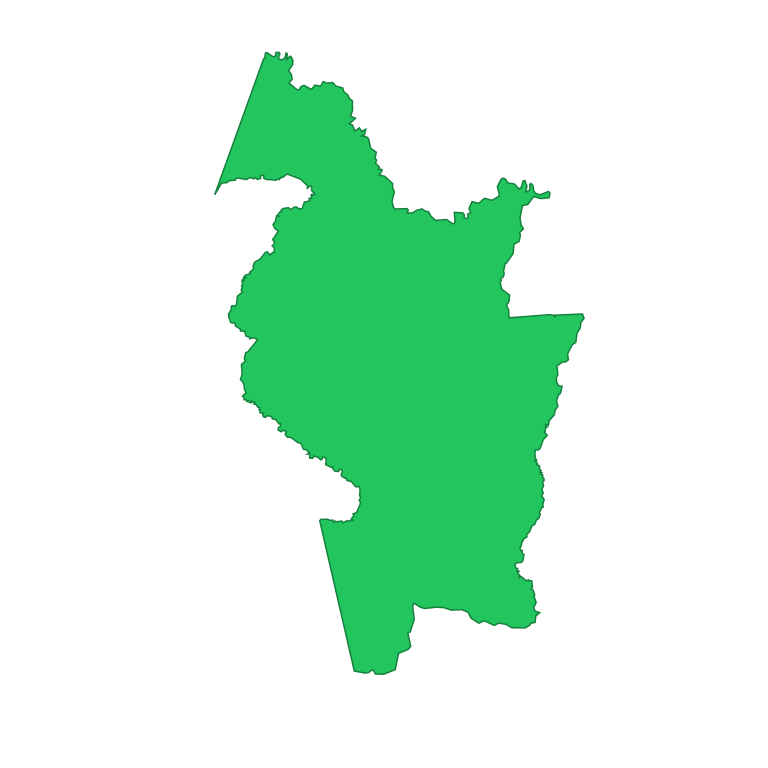 outline of San Martín, Cesar, Colombia, rotated 109°
{"feature_id": "7082276B46554882467898", "entity_name": "San Martín", "entity_type": "district", "adm_level": 2, "iso_a3": "COL", "parent_name": "Colombia", "parent_adm1": "Cesar", "projection": "orthographic", "projection_center": [-73.563, 7.931], "detail": "fine", "context": "isolated", "style": "filled", "palette": "green", "viewbox_px": 768, "rotation_deg": 109, "n_neighbors": 0, "source": "geoboundaries", "source_scale": "gbopen_adm2", "svg_char_len": 6171}
<svg xmlns="http://www.w3.org/2000/svg" viewBox="0 0 768 768"><g transform="rotate(109 384 384)"><path d="M154.2,288.6L149.4,289.2L148.4,291.2L154.4,298.1L154.3,302.9L152.8,305.2L147.7,307.9L146.5,310.3L147.8,311.2L153.2,309.1L156.2,312.5L150.4,313.3L145.8,317.0L147.0,318.7L152.6,318.1L155.8,319.7L152.4,325.8L153.6,332.2L150.7,335.9L150.6,338.5L152.1,339.9L160.4,341.1L167.2,336.7L169.2,336.6L175.1,341.7L175.8,349.6L182.3,353.2L182.9,360.1L190.4,360.8L193.8,357.7L195.7,360.0L200.1,358.7L200.9,359.9L200.1,362.5L197.6,363.4L196.6,365.3L198.8,373.4L207.4,369.7L208.6,369.7L209.5,370.1L210.2,371.0L208.1,378.4L212.5,388.5L209.9,394.5L206.5,398.0L207.2,400.9L206.1,405.0L208.8,409.3L213.3,413.2L214.6,417.9L211.7,417.6L210.7,419.4L214.9,430.4L213.9,432.5L208.7,435.9L199.1,436.7L195.5,439.8L191.7,441.1L187.4,450.9L187.9,456.4L182.5,455.3L181.8,456.3L183.0,459.2L180.4,458.9L178.1,464.0L174.8,463.8L173.5,465.9L167.4,466.8L165.4,473.4L157.0,478.5L156.1,480.8L156.8,485.9L154.6,483.6L149.1,484.2L152.5,487.5L149.8,490.6L154.3,493.9L149.4,498.1L149.4,501.5L142.0,497.5L141.6,502.8L135.5,502.8L126.6,506.1L125.4,509.6L122.4,512.4L121.1,516.6L117.5,519.6L118.0,526.2L115.7,530.7L118.1,535.8L117.9,540.0L123.0,540.8L123.9,546.6L129.1,548.5L127.7,556.9L130.1,559.5L133.4,559.9L134.1,561.9L130.3,572.0L125.8,570.0L121.3,572.4L119.0,576.2L111.7,574.4L107.7,575.5L104.6,578.6L104.8,579.7L108.8,581.6L103.2,583.0L102.9,584.3L108.4,583.9L111.4,586.9L110.1,590.1L105.9,589.8L104.6,591.2L105.7,594.1L109.1,593.4L110.8,594.9L108.8,602.5L109.7,603.9L114.9,602.7L115.7,603.7L260.2,605.7L246.9,602.9L244.7,598.0L242.2,596.7L239.9,591.3L236.9,590.1L235.5,580.6L233.2,578.9L232.0,575.9L232.5,573.9L230.8,572.6L231.8,570.4L229.9,567.6L227.4,568.4L226.1,566.8L226.3,565.2L228.3,565.0L229.0,562.4L226.4,552.3L224.5,551.2L224.8,549.5L222.0,548.7L221.9,547.3L217.0,543.9L217.5,529.7L221.8,520.2L224.6,520.5L220.8,518.5L220.7,516.9L224.6,515.5L226.9,511.2L227.5,512.7L228.8,512.6L228.6,514.5L232.1,513.0L233.0,515.3L234.3,514.2L235.8,514.8L237.9,518.5L245.0,518.5L246.0,521.3L245.2,524.5L246.0,526.5L249.4,528.7L248.4,531.8L251.0,536.6L253.3,538.0L254.4,536.8L255.5,538.7L258.8,539.5L259.6,538.1L260.0,540.3L265.4,539.7L269.4,540.8L272.5,537.9L273.9,533.7L283.8,536.3L285.1,533.9L287.2,533.4L289.7,534.7L291.0,532.1L295.4,530.5L295.7,531.9L299.3,534.2L297.0,537.2L298.3,539.1L306.2,541.8L311.0,546.0L315.0,546.2L317.9,544.8L322.1,547.4L323.2,546.3L326.4,550.6L328.5,551.2L328.5,549.5L329.9,551.2L331.7,550.4L331.6,551.9L333.0,551.9L334.5,550.4L338.0,550.4L338.0,549.4L341.9,549.6L343.2,547.8L348.7,551.2L357.0,549.4L359.3,550.3L358.8,551.6L360.2,553.7L363.2,552.7L368.4,553.8L371.4,552.4L375.9,548.7L374.9,544.6L377.5,543.3L378.8,537.8L380.6,537.0L379.6,533.0L383.6,530.1L383.6,525.9L384.9,525.8L382.5,521.8L383.5,518.0L397.7,523.1L399.5,525.0L405.3,524.4L407.6,522.6L411.9,525.2L420.9,521.3L426.3,521.3L429.4,516.6L435.0,513.9L436.9,511.5L441.6,513.8L442.4,511.8L444.4,511.3L443.7,509.2L445.1,508.3L443.8,506.9L444.9,506.7L445.2,503.6L443.1,504.1L444.0,501.5L443.2,500.3L445.4,500.3L445.0,498.2L446.9,495.9L447.0,493.5L449.0,493.8L448.7,492.5L451.5,492.0L450.9,488.5L451.9,489.1L454.1,487.5L454.2,485.2L452.5,484.8L451.4,481.3L451.8,479.1L453.4,478.2L452.8,475.0L455.9,470.3L454.9,469.0L458.0,468.2L459.3,469.6L462.0,469.2L462.6,465.4L460.8,464.6L460.5,462.1L461.8,460.7L463.6,461.2L465.7,458.2L464.9,454.1L467.3,446.9L467.3,443.1L471.9,438.9L471.5,435.9L473.2,432.2L475.1,433.6L474.3,431.4L478.3,430.2L477.4,427.2L474.7,426.6L474.9,422.0L476.4,419.3L475.1,418.0L472.9,418.3L472.8,416.0L473.9,414.0L479.2,412.9L480.0,406.7L479.0,405.5L481.0,404.5L482.4,401.8L481.5,398.5L479.7,398.3L478.5,396.3L480.0,395.0L484.1,394.9L485.3,393.2L485.8,388.5L487.2,387.7L486.9,383.1L490.4,377.1L489.1,374.3L491.4,372.3L497.5,370.7L499.0,369.1L502.2,369.5L503.2,367.9L505.5,367.4L514.7,368.2L516.8,371.0L518.7,369.5L520.9,370.9L523.2,369.1L523.1,371.1L524.3,371.1L525.7,374.9L528.6,377.4L527.3,379.4L529.9,384.2L529.4,385.5L531.2,386.5L529.3,388.0L530.6,391.0L530.2,393.3L532.5,399.6L534.1,400.3L665.1,318.6L663.4,307.4L661.7,304.5L658.2,302.1L658.4,300.4L661.0,297.8L658.4,289.6L650.4,280.4L634.0,282.6L626.9,274.6L623.3,273.4L611.6,280.4L609.9,278.5L596.8,278.8L584.8,284.5L581.4,284.4L583.2,277.4L583.0,272.6L577.9,261.6L576.0,254.7L575.9,246.7L572.0,237.0L572.5,230.1L577.0,225.6L579.3,216.6L575.2,211.9L576.4,201.1L572.6,197.5L571.6,190.3L572.8,183.8L568.7,171.1L564.6,167.7L562.4,167.2L560.2,163.5L553.9,165.0L549.6,162.3L549.5,167.3L546.6,169.7L541.1,169.0L535.7,173.2L534.4,172.8L532.1,174.4L530.2,176.2L529.9,178.3L527.8,177.4L521.9,180.3L522.9,182.9L522.0,183.6L523.7,185.1L521.5,191.9L522.9,193.2L520.9,193.2L519.5,195.7L517.0,195.4L517.7,197.3L515.2,197.4L514.7,200.1L511.9,201.3L510.1,200.6L507.9,196.0L505.8,195.1L499.8,196.1L498.8,198.7L496.5,199.0L497.1,200.1L495.0,202.2L492.0,201.4L490.1,202.2L484.6,201.2L482.1,199.1L479.8,200.1L476.4,198.3L470.1,198.0L467.7,195.8L462.8,195.5L460.7,194.0L456.6,193.7L455.0,195.3L449.5,194.5L448.4,193.3L446.6,194.6L441.0,195.0L438.4,198.5L435.0,198.0L432.5,200.4L428.2,200.1L424.7,202.2L423.4,201.2L421.2,202.0L420.9,203.5L418.1,204.4L418.1,206.6L416.5,205.9L416.6,207.8L414.8,207.2L414.1,209.1L410.8,210.3L410.3,213.3L408.9,213.2L407.3,216.3L406.3,214.9L404.7,217.0L399.7,219.0L397.2,219.4L396.0,216.4L393.7,215.4L384.7,215.3L379.4,212.9L377.0,217.0L376.1,216.2L372.5,217.0L371.9,215.7L370.6,217.8L369.5,217.6L369.7,215.0L365.0,215.9L357.6,212.9L352.8,213.7L348.5,212.2L344.0,215.4L337.7,215.5L335.7,214.2L328.3,214.8L328.8,218.3L325.7,221.6L321.3,223.2L318.7,222.6L310.7,226.3L305.0,222.3L303.9,219.4L301.0,217.5L295.9,220.2L285.6,218.8L282.1,216.2L273.3,218.0L267.2,216.7L261.7,217.8L256.8,216.2L253.2,219.2L263.6,245.7L263.5,244.3L265.5,243.7L263.8,244.9L264.4,249.6L280.7,287.4L273.3,290.3L269.9,293.7L265.1,292.7L259.0,294.2L256.0,303.6L249.4,307.5L248.0,306.8L246.1,308.0L244.0,306.1L240.6,306.3L238.2,307.7L230.3,308.7L229.8,307.6L218.7,304.4L209.5,306.6L205.3,302.7L199.2,303.4L196.4,305.1L191.9,302.7L188.9,306.2L182.4,309.5L170.3,311.2L167.4,306.5L158.0,303.5L157.7,296.3L154.2,288.6Z" fill="#22c55e" stroke="#15803d" stroke-width="1.5"/></g></svg>